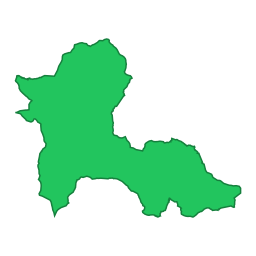 Soars, Brasov, Romania
{"feature_id": "2599482B91433011273091", "entity_name": "Soars", "entity_type": "district", "adm_level": 2, "iso_a3": "ROU", "parent_name": "Romania", "parent_adm1": "Brasov", "projection": "robinson", "projection_center": [24.929, 45.96], "detail": "fine", "context": "isolated", "style": "filled", "palette": "green", "viewbox_px": 256, "rotation_deg": 0, "n_neighbors": 0, "source": "geoboundaries", "source_scale": "gbopen_adm2", "svg_char_len": 5805}
<svg xmlns="http://www.w3.org/2000/svg" viewBox="0 0 256 256"><path d="M212.5,210.4L215.8,210.0L217.5,210.1L218.0,210.3L218.5,209.3L219.1,209.5L219.4,208.9L221.1,208.0L230.9,206.0L231.2,206.0L232.2,206.7L233.6,207.2L233.9,207.3L234.4,207.0L234.2,205.7L234.6,204.5L234.7,201.3L235.0,200.6L234.9,199.5L234.5,198.9L234.2,198.0L240.6,193.1L240.6,188.2L239.2,186.3L236.2,185.7L233.3,185.9L231.5,185.4L229.1,185.2L223.7,183.4L220.8,181.0L219.8,180.5L217.4,180.3L213.2,177.6L212.5,176.7L212.4,176.0L211.6,174.3L208.7,173.0L207.1,172.6L205.6,170.4L204.1,164.4L203.9,164.5L202.8,163.4L201.9,163.0L201.9,162.8L202.2,162.6L202.2,162.3L202.4,162.2L199.2,154.4L198.9,153.4L198.2,153.3L198.4,153.2L198.3,152.7L198.2,153.2L197.8,152.8L197.7,152.2L196.9,151.7L197.0,151.4L196.0,150.7L195.4,150.4L195.4,150.1L194.8,149.9L194.8,149.4L194.5,149.2L194.3,148.6L194.4,147.5L194.8,147.2L194.4,146.3L193.0,146.6L192.3,146.2L191.9,146.3L190.4,145.3L188.4,145.2L187.8,145.7L187.3,145.7L186.9,146.0L186.5,145.3L185.9,145.2L185.1,144.5L184.7,144.4L184.6,143.9L183.5,143.3L182.9,142.6L182.1,142.4L182.0,142.1L181.0,141.4L178.6,140.6L176.9,139.5L175.6,139.8L171.8,138.4L171.6,139.3L171.8,140.0L171.7,140.6L170.7,140.8L170.4,141.2L170.5,141.6L170.2,141.5L169.3,142.2L168.3,142.6L167.1,142.3L165.0,142.9L164.3,142.9L163.4,141.7L159.9,141.2L157.5,141.6L154.9,141.7L153.3,141.5L151.5,140.6L149.2,141.1L147.3,142.2L145.5,143.5L144.9,144.9L145.1,145.8L144.7,147.1L144.0,148.4L143.5,148.7L142.6,150.9L136.0,149.6L133.3,148.0L130.3,147.4L130.2,145.9L129.7,143.6L128.4,141.7L127.0,140.5L125.3,136.7L122.2,138.0L119.8,137.8L119.4,137.5L118.9,137.6L116.9,135.7L114.4,135.3L113.9,135.0L113.4,134.3L112.7,132.8L113.2,130.8L113.1,129.0L112.8,128.0L112.6,126.7L113.1,125.4L112.9,124.3L113.3,123.2L113.3,122.8L112.7,121.2L112.2,115.0L111.4,114.1L111.5,113.8L111.4,113.4L111.5,113.0L111.4,112.9L111.9,112.2L111.9,111.5L113.1,111.0L113.2,110.0L113.0,109.5L113.1,109.1L113.9,108.6L115.1,106.3L116.6,106.3L123.5,96.1L124.5,95.5L124.0,94.9L124.3,94.5L124.0,93.9L124.0,93.4L123.3,92.7L123.4,92.3L123.3,91.9L123.7,91.6L123.7,89.8L126.9,86.7L128.0,83.9L129.5,82.2L129.6,81.3L129.9,80.6L129.6,80.3L129.9,80.0L130.0,79.3L132.0,78.2L131.4,76.9L130.3,75.7L129.0,75.5L127.0,74.8L126.0,74.2L124.9,73.2L124.4,71.5L124.8,71.1L125.9,67.8L126.1,65.0L126.3,64.4L125.8,61.4L125.8,60.2L125.3,58.7L124.1,57.1L122.5,55.9L120.3,54.9L119.2,53.9L117.2,49.9L116.0,48.2L113.4,46.2L112.7,45.0L111.5,44.4L109.5,42.5L109.1,41.6L109.3,40.6L108.9,39.8L108.6,39.5L106.7,39.0L104.4,39.6L102.8,40.7L99.7,40.5L98.8,41.0L97.5,42.4L94.8,44.0L94.5,44.3L92.5,44.9L90.2,46.4L89.6,45.9L87.7,45.4L86.5,43.7L84.0,43.4L82.4,42.8L81.5,42.8L79.6,43.1L76.8,44.2L74.7,44.7L74.5,45.0L74.0,48.0L72.2,49.9L70.9,52.0L70.2,52.6L69.0,52.6L64.7,53.9L62.9,55.0L62.4,56.5L62.2,59.8L61.4,61.7L58.8,66.2L57.5,70.3L54.4,76.2L44.6,75.6L41.8,76.9L41.4,77.5L39.9,77.4L38.8,78.0L37.4,78.5L37.0,78.4L36.1,78.8L34.1,78.8L32.8,79.3L32.5,79.1L30.2,78.9L29.8,78.6L29.7,78.1L27.2,78.8L28.1,79.4L27.9,79.8L26.7,79.2L24.2,78.5L24.2,78.0L24.0,77.9L23.6,77.9L23.0,78.2L22.6,77.6L21.8,77.9L21.5,77.5L21.4,77.1L20.8,77.1L19.4,75.9L18.9,75.7L18.5,75.9L18.1,75.6L16.9,75.8L16.7,76.5L16.8,77.3L16.3,78.2L16.0,79.5L15.5,80.6L15.9,81.5L17.4,82.8L18.6,84.6L19.1,86.3L19.2,88.5L19.9,89.6L20.3,90.6L22.6,93.0L26.1,96.2L27.2,96.9L28.1,97.9L28.6,98.7L31.7,100.4L31.9,100.7L30.3,102.2L29.0,104.4L29.0,109.7L26.9,110.1L25.5,110.1L20.1,110.8L16.8,112.4L15.4,112.5L20.1,113.6L21.0,114.2L22.2,116.0L25.8,119.4L26.4,120.5L30.7,121.9L31.6,121.8L33.1,120.8L34.0,119.0L35.0,118.9L35.8,119.4L36.9,120.6L37.8,122.1L39.6,123.0L40.9,124.1L40.8,125.6L41.2,130.6L42.7,134.0L44.0,137.8L44.0,139.8L44.2,141.1L46.1,143.7L45.6,146.7L45.1,147.4L42.9,149.0L41.8,151.1L41.6,151.1L41.6,151.4L41.4,151.4L39.9,153.6L39.4,156.8L38.4,161.5L38.4,162.3L39.1,163.2L38.0,165.0L38.0,166.6L39.0,170.1L39.1,173.7L40.0,175.7L39.3,177.5L39.4,177.9L38.5,179.4L40.5,181.8L41.1,184.0L41.2,186.0L40.8,190.5L39.1,193.7L39.5,195.2L42.3,196.1L50.1,200.1L50.9,201.5L51.3,202.7L51.9,205.7L52.3,207.0L52.8,209.9L53.9,212.4L54.6,215.7L56.7,211.2L58.0,209.6L61.0,207.6L66.2,205.7L67.1,204.2L68.1,203.3L68.7,203.1L68.7,202.8L68.3,202.7L68.0,202.0L68.1,200.3L67.7,197.9L67.8,196.8L69.4,194.8L73.2,192.1L74.1,190.1L74.7,189.4L74.8,188.8L75.5,187.5L75.9,182.7L76.9,180.6L76.7,180.2L77.1,179.8L78.1,179.7L79.1,179.2L79.7,178.7L79.9,178.2L80.7,177.3L81.5,177.0L83.1,177.4L86.8,176.2L89.5,177.0L90.5,177.5L92.2,179.1L95.8,178.6L96.8,178.2L98.1,178.4L100.7,178.2L108.2,178.8L109.2,178.2L112.7,178.1L113.7,178.7L114.6,178.5L117.3,178.9L122.2,181.4L126.3,185.2L127.5,185.8L128.0,186.3L128.4,187.7L131.3,191.0L133.0,191.2L137.5,193.6L138.0,194.3L138.1,195.0L138.8,196.2L138.9,197.0L140.3,199.7L141.0,202.2L142.8,204.5L142.8,205.5L143.0,205.8L143.5,205.9L144.5,206.5L144.7,206.8L144.6,208.3L144.3,209.7L142.5,211.1L142.8,212.5L144.9,214.1L147.2,215.0L149.1,215.3L149.9,215.0L152.6,214.8L154.0,215.0L156.6,216.1L156.1,216.3L157.9,217.0L159.3,216.4L159.8,216.0L160.4,215.9L160.2,215.5L159.9,215.4L160.2,214.8L160.0,213.6L160.6,213.0L161.0,211.5L161.6,211.7L163.4,211.3L164.0,210.6L165.0,210.5L165.4,210.2L165.6,209.5L166.2,208.1L166.7,206.0L168.0,203.2L168.0,202.9L168.9,202.3L169.0,201.9L168.6,201.5L169.1,200.9L168.5,200.1L168.7,199.8L169.4,200.1L169.5,199.6L169.1,198.6L169.3,198.2L169.8,198.3L170.5,198.9L171.1,199.7L172.7,200.7L173.3,200.8L174.3,201.7L175.0,201.9L176.8,201.7L177.8,204.5L177.6,206.0L180.0,207.1L181.2,208.2L180.8,208.5L180.7,209.0L181.0,210.8L181.5,211.4L181.2,212.9L181.5,214.2L183.9,215.5L185.7,216.1L187.5,216.4L190.4,216.3L192.8,217.0L193.5,216.8L196.1,214.9L198.2,212.7L199.8,212.0L200.8,211.4L201.6,211.5L203.9,209.5L204.1,209.1L206.9,207.9L209.3,208.0L210.4,209.1L211.3,209.3L211.6,209.7L212.2,209.9L212.5,210.4Z" fill="#22c55e" stroke="#15803d" stroke-width="1.5"/></svg>